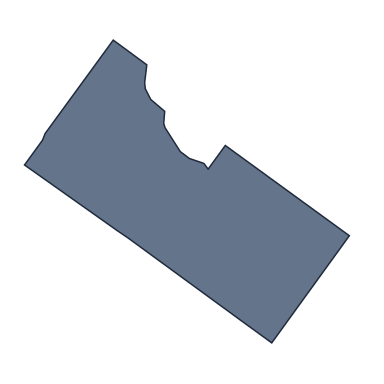 outline of Major, Oklahoma, United States of America, rotated 36°
{"feature_id": "52423323B7041002082937", "entity_name": "Major", "entity_type": "district", "adm_level": 2, "iso_a3": "USA", "parent_name": "United States of America", "parent_adm1": "Oklahoma", "projection": "mercator", "projection_center": [-98.633, 36.334], "detail": "fine", "context": "isolated", "style": "filled", "palette": "slate", "viewbox_px": 384, "rotation_deg": 36, "n_neighbors": 0, "source": "geoboundaries", "source_scale": "gbopen_adm2", "svg_char_len": 427}
<svg xmlns="http://www.w3.org/2000/svg" viewBox="0 0 384 384"><g transform="rotate(36 192 192)"><path d="M307.1,267.2L345.2,267.2L345.0,134.9L191.6,134.8L191.6,164.0L184.8,161.9L170.2,166.4L158.8,166.2L132.3,155.8L128.8,153.1L122.5,142.8L104.3,141.4L93.5,135.9L89.4,131.3L80.7,115.7L39.0,115.4L38.8,230.9L40.6,237.9L40.6,268.6L154.6,267.2L167.4,266.8L307.1,267.2Z" fill="#64748b" stroke="#1e293b" stroke-width="1.5"/></g></svg>